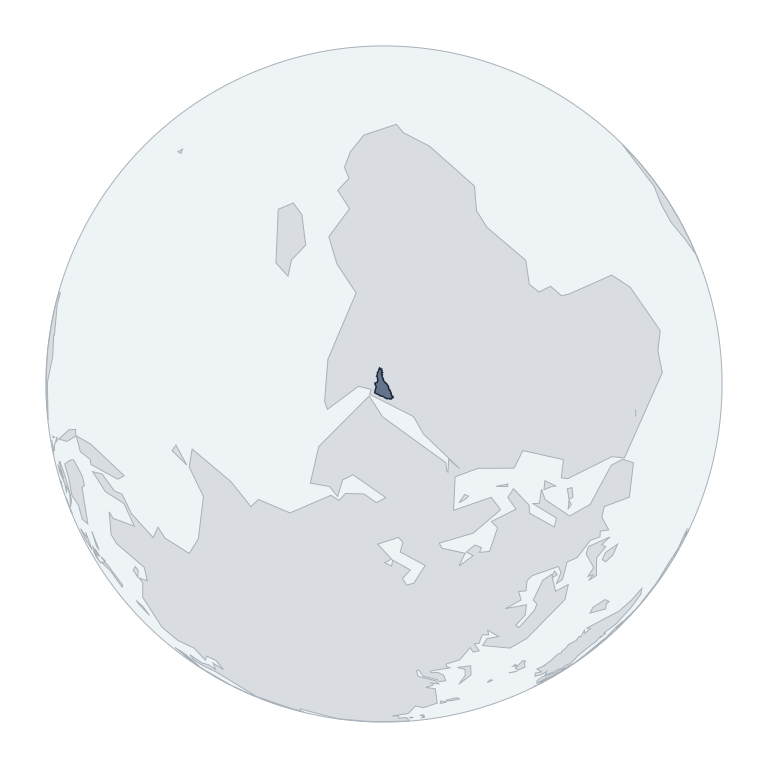 globe centered on Afar, rotated 159°
{"feature_id": "ETH-3111", "entity_name": "Afar", "entity_type": "Administrative State", "adm_level": 1, "iso_a3": "ETH", "parent_name": "Ethiopia", "parent_adm1": "", "projection": "orthographic", "projection_center": [40.326, 11.654], "detail": "fine", "context": "on_globe", "style": "filled", "palette": "slate", "viewbox_px": 768, "rotation_deg": 159, "n_neighbors": 0, "source": "natural_earth", "source_scale": "10m", "svg_char_len": 11787}
<svg xmlns="http://www.w3.org/2000/svg" viewBox="0 0 768 768"><g transform="rotate(159 384 384)"><circle cx="384" cy="384" r="338" fill="#eef3f6" stroke="#a8b0b8"/><path d="M281.2,62.1L279.2,62.7L278.5,63.0L281.2,62.1ZM238.1,79.2L230.3,83.1L219.9,88.6L214.7,91.6L222.4,87.7L200.9,100.6L183.0,114.4L177.8,118.3L171.4,121.7L174.8,118.6L194.9,103.9L216.0,90.8L238.1,79.2ZM154.0,136.4L153.8,136.6L157.7,133.2L152.6,137.9L151.0,139.3L154.0,136.4ZM46.3,372.5L46.2,373.6L46.2,374.1L46.3,372.5ZM46.1,384.0L46.1,386.6L46.2,392.4L51.3,412.1L58.2,432.5L60.9,452.7L60.9,471.5L74.2,517.3L75.5,521.9L66.6,500.0L59.3,477.5L53.5,454.5L49.4,431.2L46.9,407.7L46.1,384.0ZM317.7,52.6L318.5,52.5L312.9,53.7L311.5,54.0L317.7,52.6ZM294.8,58.8L297.6,57.7L302.8,56.4L294.8,58.8ZM319.9,52.2L321.9,51.9L324.2,51.4L325.0,51.4L319.9,52.2ZM345.3,48.3L342.9,48.6L345.3,48.3ZM332.9,50.2L319.2,52.6L312.9,54.5L308.0,55.5L319.1,52.4L332.9,50.2ZM328.1,50.7L335.8,49.6L332.9,50.1L328.3,50.7L327.6,50.8L328.1,50.7ZM356.0,47.2L355.2,47.3L355.6,47.3L356.0,47.2ZM331.9,50.5L335.2,50.0L332.0,50.6L331.9,50.5ZM349.1,48.0L349.8,47.8L352.4,47.6L349.1,48.0ZM341.2,49.3L336.8,49.9L336.1,49.8L341.2,49.3ZM345.5,48.6L348.8,48.3L338.5,49.4L345.5,48.5L345.5,48.6ZM351.3,47.8L353.0,47.6L350.6,47.9L351.3,47.8ZM346.3,49.9L333.5,51.3L332.0,50.9L344.6,49.4L346.3,49.9ZM546.0,87.5L554.1,93.0L578.4,110.5L579.0,109.0L587.1,114.3L615.2,138.2L643.5,174.9L654.6,186.7L660.5,195.0L662.2,200.8L653.8,188.6L648.6,185.0L643.6,177.9L643.6,184.7L636.3,174.9L639.9,186.1L647.0,193.5L649.7,190.2L655.9,205.4L668.4,218.6L678.4,236.5L685.7,271.5L680.5,284.5L682.0,290.7L675.5,285.1L673.5,298.7L690.9,330.9L692.7,341.2L686.4,363.2L685.1,355.7L668.0,340.7L669.6,365.7L682.7,383.4L687.4,406.6L679.4,401.0L674.1,380.9L668.0,374.9L666.2,353.4L654.6,323.4L646.3,331.3L643.7,318.7L626.5,295.5L612.6,306.3L592.9,343.6L595.6,376.3L586.4,392.0L561.9,347.7L552.2,317.2L542.6,321.2L518.0,297.3L473.4,299.1L467.7,291.4L459.2,295.6L442.0,288.5L433.7,276.0L423.0,277.2L445.4,310.4L457.0,309.3L467.6,295.6L471.6,307.8L488.3,317.9L467.3,349.0L402.2,378.1L397.1,353.8L354.4,288.3L356.4,281.0L356.3,280.2L355.9,278.7L350.6,290.5L343.7,277.9L365.1,323.2L368.1,343.0L401.2,379.6L397.8,383.5L408.8,391.0L445.8,380.6L445.8,388.8L427.5,427.2L377.4,479.0L384.9,512.9L382.7,541.4L353.3,560.0L357.8,581.3L342.9,588.6L343.3,600.4L332.4,612.6L313.6,623.6L279.5,622.1L275.8,611.6L256.3,589.7L228.6,536.3L235.5,512.7L231.8,493.4L207.3,448.6L212.6,425.0L206.4,414.3L193.5,415.6L186.6,402.7L178.9,401.7L132.4,404.1L119.5,386.2L107.0,334.9L116.3,317.0L120.1,294.9L185.9,228.9L197.4,234.5L246.4,229.8L252.1,232.9L243.6,249.1L278.3,272.1L292.6,258.8L326.6,271.6L350.9,271.9L364.3,241.1L324.5,239.8L320.2,224.8L354.2,212.8L389.4,215.6L388.9,210.0L368.9,196.9L379.2,187.2L362.2,191.8L367.4,197.6L356.9,201.1L351.5,196.2L355.3,192.6L345.4,189.9L329.5,209.1L333.1,217.1L305.6,219.8L309.0,233.7L300.7,239.9L291.9,218.8L294.5,211.4L276.2,189.4L271.0,197.1L287.9,218.9L281.6,217.0L274.7,229.4L275.0,218.4L258.0,194.2L234.7,197.7L201.0,226.7L188.2,228.3L179.3,221.1L195.5,190.4L222.3,190.6L228.4,181.4L226.5,167.3L234.8,169.1L237.2,163.9L247.7,164.0L265.8,152.7L276.9,152.2L287.4,137.6L294.5,135.8L286.3,144.6L286.6,151.2L314.6,152.0L321.0,149.1L325.5,140.0L332.7,142.0L333.4,133.2L351.2,130.8L330.2,126.9L334.9,117.8L347.4,111.5L345.2,108.3L324.8,118.7L320.1,123.7L322.1,128.8L306.0,143.9L295.7,146.2L298.2,129.0L283.8,130.8L292.2,118.0L341.9,95.3L361.0,92.3L385.7,104.5L379.3,109.4L367.3,107.1L375.4,117.0L376.2,112.4L382.1,114.6L388.2,107.8L392.7,109.1L390.7,100.8L396.9,101.8L398.0,107.0L412.2,99.3L426.0,100.3L427.0,98.1L424.2,95.4L443.6,99.4L443.5,97.6L437.1,95.5L432.8,90.9L432.7,84.8L439.4,86.4L440.3,88.9L452.3,97.3L453.8,104.4L456.5,104.6L456.9,98.9L442.2,88.5L440.3,84.4L448.2,88.6L445.2,86.7L446.3,85.3L453.7,85.8L445.4,81.1L448.7,67.0L463.3,67.7L470.0,72.2L479.4,67.7L495.2,71.1L489.3,68.8L489.8,66.6L484.9,65.3L482.1,64.2L481.2,60.6L486.1,61.9L484.2,61.3L515.8,72.8L546.0,87.5ZM160.6,263.6L158.2,270.0L160.6,263.6ZM425.3,235.6L447.3,236.8L439.7,217.8L447.5,217.0L442.1,211.3L439.0,216.5L426.1,201.0L436.4,195.8L434.9,188.1L427.4,187.4L410.6,199.9L429.1,221.4L423.1,229.2L425.3,235.6ZM156.8,133.9L156.5,134.1L156.3,134.3L156.8,133.9ZM160.7,132.8L152.5,140.5L157.5,135.4L154.2,137.8L160.7,130.7L175.5,119.9L167.6,125.7L160.7,132.8ZM172.7,120.3L167.7,124.4L171.8,121.0L172.7,120.3ZM240.7,138.6L243.1,141.9L237.4,147.4L223.3,150.8L231.4,142.5L240.7,138.6ZM247.8,145.5L254.3,129.1L263.3,127.3L257.2,130.9L262.5,131.3L254.0,137.4L256.2,152.9L251.4,159.0L228.0,160.2L238.3,156.0L235.3,152.6L247.8,145.5ZM255.0,99.3L257.9,94.6L273.7,96.3L269.1,100.6L254.8,103.5L251.7,100.2L255.0,99.3ZM267.0,67.1L267.2,66.9L269.8,66.0L271.8,65.4L267.0,67.1ZM256.4,71.1L256.0,71.3L263.9,68.4L268.4,66.8L284.0,61.3L291.5,59.0L305.9,55.2L309.3,54.5L307.9,54.9L302.1,56.2L304.4,56.0L294.9,58.3L295.6,58.4L269.4,67.4L268.1,67.5L254.2,74.0L245.6,77.0L254.9,72.4L237.8,80.2L242.8,77.3L231.5,82.9L253.2,72.4L253.9,72.1L256.4,71.1ZM346.5,59.9L340.3,58.9L343.4,63.1L333.9,63.7L334.8,64.1L326.9,66.1L318.9,69.5L315.0,69.4L313.6,70.9L308.3,72.6L305.0,74.7L296.8,75.6L292.2,78.5L291.0,77.4L285.1,82.3L285.8,79.2L279.0,81.7L282.0,83.4L245.7,87.8L230.0,93.7L216.6,100.8L219.5,95.8L234.0,86.5L253.4,76.9L268.1,72.7L266.7,71.7L273.4,69.6L271.6,71.2L278.3,67.6L283.3,66.4L300.5,60.9L307.0,57.5L313.4,55.8L313.4,56.7L319.9,54.6L324.2,55.2L329.0,54.3L338.0,54.5L335.2,57.4L340.7,56.2L347.8,57.0L346.5,59.9ZM348.5,49.9L347.4,52.2L341.6,53.9L328.3,53.0L323.4,53.8L314.7,54.3L323.3,52.0L325.0,52.0L328.6,51.5L324.5,52.3L330.5,51.3L333.1,51.4L338.5,50.8L336.6,51.6L348.5,49.9ZM260.2,227.2L264.9,228.2L272.6,227.9L268.4,236.1L260.2,227.2ZM248.1,210.7L252.6,209.9L250.4,220.5L245.6,219.9L248.1,210.7ZM257.0,201.1L253.0,209.1L252.3,204.4L257.0,201.1ZM290.6,143.8L295.7,142.9L295.5,145.1L291.8,148.2L290.6,143.8ZM353.6,76.1L351.0,74.4L352.9,73.7L353.8,69.1L360.9,68.9L363.2,71.6L353.6,76.1ZM356.5,246.2L348.4,252.0L345.2,249.0L348.6,247.5L356.5,246.2ZM305.5,244.0L316.3,248.4L304.2,246.2L305.5,244.0ZM361.5,75.1L361.0,73.1L364.9,74.3L361.5,75.1ZM366.1,68.6L371.0,69.5L361.8,68.3L366.1,68.6ZM491.0,672.0L493.1,674.7L487.9,675.5L491.0,672.0ZM441.5,535.8L420.1,585.0L403.8,585.5L400.0,571.5L407.3,541.8L426.0,532.9L435.0,519.0L441.5,535.8ZM710.7,452.2L712.2,452.5L711.9,454.0L710.7,452.2ZM709.4,448.1L711.7,447.2L708.4,451.8L709.4,448.1ZM712.4,446.9L714.7,442.5L715.8,439.3L715.2,442.7L712.4,446.9ZM707.5,449.2L694.3,454.1L688.2,452.1L690.4,445.9L700.4,444.0L707.5,449.2ZM689.9,445.9L679.4,433.1L659.4,391.4L666.7,390.6L686.4,413.8L685.4,419.0L691.7,429.6L689.9,445.9ZM712.1,408.8L710.8,423.8L704.3,425.4L700.9,424.4L698.7,406.5L700.0,396.5L703.0,395.7L710.6,359.5L714.1,365.9L712.7,380.7L715.3,392.2L712.1,408.8ZM597.2,379.2L605.7,397.6L600.1,401.6L597.2,379.2ZM710.5,335.8L709.6,351.2L709.4,331.3L710.5,335.8ZM708.5,317.7L710.2,324.5L707.6,318.5L708.5,317.7ZM684.8,300.1L681.8,302.8L680.2,298.1L683.1,291.8L684.8,300.1ZM685.9,252.1L691.6,265.8L693.0,270.7L688.8,262.8L685.9,252.1ZM421.6,76.9L412.5,82.9L410.6,88.5L417.0,93.1L404.1,89.9L407.0,81.2L421.6,76.9ZM444.7,67.7L439.0,64.7L444.0,65.1L445.9,65.8L444.7,67.7ZM439.5,66.6L428.0,65.0L426.4,62.8L435.9,64.4L439.5,66.6ZM394.6,68.2L391.4,69.8L388.4,68.6L394.6,68.2ZM661.1,577.5L654.2,586.0L653.6,584.9L660.8,574.9L674.2,547.6L675.1,547.6L683.3,528.5L697.8,506.0L710.5,470.7L703.8,493.3L695.3,515.4L685.4,536.9L673.9,557.6L661.1,577.5ZM714.2,450.9L717.3,437.7L717.8,435.9L714.2,450.9ZM720.8,406.0L720.6,410.0L720.4,407.5L720.8,406.0ZM721.2,406.0L721.0,406.5L721.3,403.0L721.3,404.5L721.2,406.0ZM716.6,394.7L717.3,403.3L719.4,395.9L717.7,405.5L718.2,419.5L717.3,425.6L717.1,410.3L715.3,427.6L714.3,427.9L714.7,413.8L716.3,395.5L717.3,387.6L720.5,381.8L716.6,394.7ZM721.6,391.8L721.4,381.6L721.4,374.3L721.7,379.4L721.6,391.8ZM719.1,357.7L716.5,346.8L715.7,352.5L715.8,333.7L718.5,347.1L719.1,357.7ZM714.5,332.4L713.9,337.5L713.5,326.8L714.5,332.4ZM712.8,333.7L711.1,325.6L712.4,325.9L712.8,333.7ZM715.1,332.2L712.6,318.1L714.6,325.9L715.1,332.2ZM706.4,307.8L711.9,319.4L707.4,315.9L700.0,289.8L701.3,288.2L706.4,307.8ZM668.0,202.5L663.7,196.1L662.9,194.0L666.1,198.9L668.0,202.5ZM657.9,186.1L661.2,191.4L664.5,198.8L666.8,201.4L673.6,213.0L666.4,203.2L659.1,189.9L657.8,186.5L651.1,177.4L646.2,170.8L637.2,160.2L634.9,157.7L657.9,186.1ZM629.1,151.4L633.3,155.9L615.8,138.1L616.0,138.3L629.1,151.4ZM611.4,134.1L610.6,133.3L582.0,110.6L576.3,106.5L595.9,120.8L598.9,123.2L605.6,128.9L609.1,131.9L611.4,134.1ZM479.4,63.7L476.0,62.2L479.0,62.6L479.4,63.7ZM468.2,58.9L467.2,59.3L465.5,58.1L468.2,58.9ZM465.4,60.9L465.5,59.2L469.4,61.9L465.4,60.9Z" fill="#d9dde1" stroke="#a8b0b8" stroke-width="1"/><path d="M393.5,382.6L393.3,383.0L393.2,383.0L392.9,383.3L392.6,383.4L392.6,383.5L392.4,384.1L392.2,384.7L392.2,385.0L392.4,385.7L392.5,386.3L392.4,387.4L392.4,387.7L392.3,387.9L392.2,388.0L391.9,388.1L389.6,388.0L389.4,388.2L389.3,388.4L389.3,388.5L389.1,388.9L388.6,389.4L388.4,389.6L388.4,389.9L388.4,390.1L388.4,390.3L387.6,393.5L387.6,393.8L388.0,394.0L387.2,394.8L386.9,395.2L386.4,396.0L386.2,396.6L386.1,397.0L385.8,397.3L385.7,397.3L385.2,397.4L385.0,397.5L384.8,397.6L384.6,397.8L384.5,398.0L384.1,398.7L384.0,398.8L383.6,399.1L383.6,399.3L383.5,399.6L383.4,399.7L383.2,399.8L382.8,400.2L382.7,400.3L382.3,400.6L382.2,400.4L382.4,400.0L382.4,399.8L382.3,399.7L382.1,399.6L381.8,399.6L381.8,399.4L381.7,399.4L381.7,399.2L381.6,398.9L381.3,398.8L381.0,398.8L381.1,398.6L381.3,398.3L381.5,398.1L381.5,397.8L381.3,397.6L381.2,397.6L380.9,397.4L381.0,397.2L381.3,396.9L381.5,396.7L381.5,396.4L381.5,396.1L381.3,395.5L381.2,395.3L381.5,395.2L382.0,395.4L382.3,395.2L382.2,395.1L382.2,394.9L382.3,394.7L382.6,394.4L382.6,394.2L382.6,393.9L382.4,393.8L382.3,393.7L382.1,393.6L382.1,393.4L382.1,393.2L382.3,393.1L382.5,393.1L382.8,393.2L382.9,392.9L382.8,392.7L382.8,392.4L382.9,392.1L383.0,392.0L383.0,391.3L383.1,391.2L383.1,390.9L383.0,390.4L383.1,390.0L383.1,389.8L382.8,389.6L382.8,389.4L382.8,389.1L383.0,388.8L383.1,388.7L383.0,388.4L382.9,388.2L383.2,387.7L383.3,387.5L383.3,387.4L383.2,387.2L383.2,386.9L383.1,386.6L382.9,386.2L382.7,386.0L382.5,385.8L382.5,385.6L382.5,385.4L382.5,385.1L382.4,385.0L382.2,384.6L382.1,384.4L382.1,384.1L382.0,383.9L381.9,383.9L381.6,383.7L381.4,383.3L381.4,383.2L381.4,382.4L381.2,382.2L381.2,381.8L381.1,381.7L381.0,381.4L381.0,381.2L380.9,381.0L380.8,380.7L380.7,380.4L380.8,380.3L380.9,380.0L381.0,380.0L381.0,379.8L381.0,379.7L381.0,379.4L380.9,379.3L380.9,379.2L380.9,378.9L381.0,378.6L381.1,378.4L381.3,378.2L381.5,377.7L381.5,377.3L381.3,377.0L381.2,377.0L381.1,376.9L380.9,376.9L380.7,376.7L380.8,376.6L380.8,376.4L380.8,376.2L380.8,375.8L380.9,375.7L381.0,375.6L380.9,375.4L380.8,374.9L380.7,374.8L380.6,374.7L380.6,373.9L380.6,373.6L380.6,373.4L380.5,373.2L380.7,372.8L380.7,372.7L381.0,372.8L381.1,372.7L381.1,372.4L381.1,372.2L381.0,371.9L381.0,371.7L381.1,370.9L381.1,370.6L381.0,370.4L380.9,370.3L380.9,370.2L381.0,370.0L381.0,369.9L380.9,369.8L380.9,369.7L380.7,369.7L380.8,369.3L380.7,369.3L380.6,369.2L380.4,369.2L380.5,368.8L380.8,368.5L380.8,368.4L380.7,368.3L380.4,368.4L380.2,368.3L380.3,368.2L380.6,368.0L381.0,367.9L381.3,368.0L381.8,368.0L382.0,368.0L382.0,367.9L382.1,367.7L382.3,367.5L382.6,367.4L383.2,367.6L383.5,367.7L383.7,367.8L384.2,368.2L384.5,368.6L384.9,368.7L385.5,369.0L386.2,369.1L386.6,369.3L386.9,369.5L387.5,370.2L388.1,370.9L388.6,371.7L389.0,372.4L389.1,372.6L389.9,373.1L390.9,373.7L391.5,374.2L392.0,374.6L392.2,374.8L392.4,375.1L392.6,375.4L393.0,376.3L393.3,376.8L393.8,377.1L394.1,377.2L394.4,377.4L394.7,377.6L395.1,378.2L395.5,378.9L395.8,379.2L395.5,379.6L395.3,380.0L394.5,381.1L394.5,381.3L394.4,381.4L394.2,381.5L394.0,382.0L393.5,382.6Z" fill="#64748b" stroke="#1e293b" stroke-width="1.5"/></g></svg>